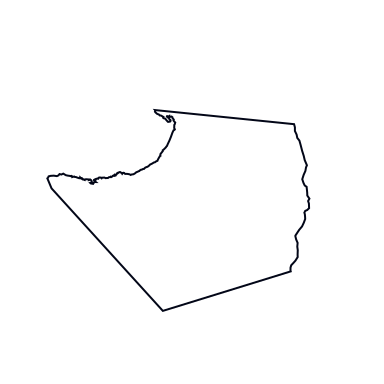 Ngebei, Palau, rotated 215°
{"feature_id": "81905179B35974165109386", "entity_name": "Ngebei", "entity_type": "district", "adm_level": 2, "iso_a3": "PLW", "parent_name": "Palau", "parent_adm1": "", "projection": "albers", "projection_center": [134.637, 7.688], "detail": "fine", "context": "isolated", "style": "outline", "palette": "ink", "viewbox_px": 384, "rotation_deg": 215, "n_neighbors": 0, "source": "geoboundaries", "source_scale": "gbopen_adm2", "svg_char_len": 3135}
<svg xmlns="http://www.w3.org/2000/svg" viewBox="0 0 384 384"><g transform="rotate(215 192 192)"><path d="M269.3,237.9L268.6,237.7L268.6,236.8L267.9,236.3L265.3,236.0L263.6,236.5L262.3,236.2L261.4,236.8L258.5,237.1L258.4,236.5L257.8,236.1L257.1,236.3L255.8,236.8L255.1,236.4L253.8,236.1L252.6,235.8L251.8,235.7L250.9,236.6L250.4,237.0L250.3,237.8L250.7,238.5L251.3,238.7L251.9,238.5L252.7,238.9L253.2,239.4L254.1,239.2L255.8,239.4L255.9,239.9L254.4,240.5L254.1,241.3L253.5,240.7L252.8,241.2L252.0,242.1L250.9,242.0L250.4,241.4L249.0,241.0L248.5,240.9L248.2,240.0L246.8,239.5L245.6,239.3L245.0,237.6L245.0,236.8L244.3,235.8L243.3,234.2L242.0,233.5L242.0,232.8L242.5,232.0L242.1,229.5L240.9,225.1L240.0,221.2L239.3,217.1L238.9,215.3L239.1,214.5L239.0,213.8L239.1,213.0L239.5,210.7L239.9,209.4L239.4,208.8L239.6,204.9L239.1,204.1L238.6,203.5L238.9,203.0L238.7,200.6L238.5,198.9L238.2,197.7L238.9,196.7L239.4,195.1L240.1,194.4L241.1,192.1L242.1,190.4L242.3,189.0L242.9,187.1L243.4,186.6L244.3,185.1L244.6,183.3L245.3,182.8L246.0,181.4L246.5,181.1L247.0,180.1L247.2,178.9L247.6,178.5L248.1,177.5L249.0,176.2L249.3,174.8L250.1,173.0L251.6,171.6L252.0,170.8L253.2,170.7L254.4,170.2L255.8,169.5L257.1,168.5L257.8,168.5L258.5,168.7L259.1,168.5L259.5,167.9L259.6,166.9L260.6,167.4L261.1,167.2L261.7,167.0L262.4,167.1L262.8,166.7L263.1,166.3L263.2,165.8L263.5,165.0L264.0,164.9L264.1,164.2L263.9,163.6L264.0,162.5L264.6,162.1L265.2,162.1L265.4,161.4L264.5,161.1L265.0,160.5L265.8,160.3L266.2,159.8L266.2,159.2L266.4,158.5L266.8,157.8L267.4,157.9L267.6,157.3L268.5,156.5L268.9,155.2L269.8,154.6L270.7,153.8L272.0,153.6L273.9,152.1L273.9,151.4L274.9,151.5L275.9,151.0L276.5,150.4L276.5,149.6L276.5,149.0L277.3,148.8L277.5,148.4L277.8,148.0L278.2,147.6L278.1,147.0L277.9,146.7L278.1,146.4L278.9,146.4L279.2,145.7L278.9,145.3L277.7,145.1L276.5,145.0L277.1,144.6L277.6,143.9L278.0,143.1L277.7,142.7L277.7,141.9L278.5,141.6L279.6,141.0L280.6,141.1L279.8,142.2L280.1,143.1L280.8,143.6L281.4,143.8L282.3,143.8L283.0,143.0L283.1,143.5L284.5,142.6L285.5,142.1L286.4,141.4L286.9,140.9L286.7,140.3L287.4,140.1L288.2,140.1L288.7,139.6L289.4,139.6L289.6,140.1L290.1,140.2L290.7,140.0L290.9,139.5L292.1,139.8L291.8,139.0L292.2,138.6L294.6,137.9L295.6,137.7L296.6,137.1L297.4,137.1L297.8,136.6L298.2,136.1L298.7,135.5L299.3,136.1L300.1,136.0L300.6,135.3L301.1,135.2L303.3,134.1L305.0,133.4L308.0,133.2L309.0,131.4L310.8,130.7L310.9,129.0L311.8,127.5L314.6,126.1L317.0,124.2L318.4,122.6L318.1,120.8L318.3,120.2L309.9,114.9L309.1,114.4L147.7,77.9L65.6,183.6L66.3,184.2L67.9,186.5L68.7,188.9L68.2,192.4L67.9,195.0L68.1,199.3L69.6,201.3L72.0,205.0L74.4,207.6L76.3,210.9L79.5,212.9L82.0,215.1L82.3,215.6L82.5,222.5L82.1,226.9L82.8,231.0L83.8,234.8L85.1,236.5L86.9,238.6L88.1,239.5L88.4,241.5L87.3,243.3L86.8,245.9L89.6,249.6L91.7,251.2L92.0,253.9L95.5,255.2L97.3,257.6L99.1,259.7L101.1,262.0L103.4,262.0L105.9,263.4L109.0,265.7L110.4,270.2L111.2,274.3L112.7,277.5L113.2,279.8L118.0,282.8L121.1,285.6L125.4,288.9L130.2,293.0L133.5,295.7L136.8,296.7L139.2,299.0L142.7,301.0L144.8,304.0L147.3,306.1L269.3,237.9Z" fill="none" stroke="#020617" stroke-width="2"/></g></svg>